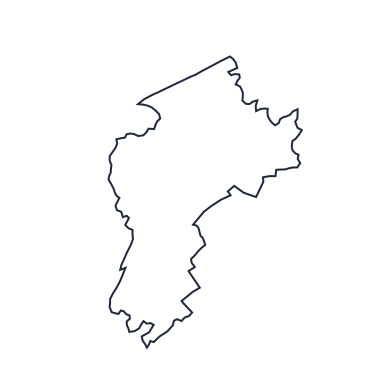 Ipumirim, Santa Catarina, Brazil, rotated 56°
{"feature_id": "56859067B73959193279849", "entity_name": "Ipumirim", "entity_type": "district", "adm_level": 2, "iso_a3": "BRA", "parent_name": "Brazil", "parent_adm1": "Santa Catarina", "projection": "mercator", "projection_center": [-52.147, -27.04], "detail": "fine", "context": "isolated", "style": "outline", "palette": "slate", "viewbox_px": 384, "rotation_deg": 56, "n_neighbors": 0, "source": "geoboundaries", "source_scale": "gbopen_adm2", "svg_char_len": 2514}
<svg xmlns="http://www.w3.org/2000/svg" viewBox="0 0 384 384"><g transform="rotate(56 192 192)"><path d="M246.8,325.8L249.3,323.7L252.0,321.1L250.4,317.3L252.8,315.3L256.8,314.8L259.4,312.8L262.3,314.4L262.9,318.6L266.2,320.6L269.3,320.9L272.9,322.2L275.2,317.7L275.5,312.2L273.3,308.0L271.9,304.4L275.7,303.2L277.5,299.7L280.7,298.1L282.5,302.1L284.4,306.1L283.9,310.6L283.6,314.4L287.8,316.1L291.9,315.9L295.7,316.4L294.1,312.4L292.2,310.0L295.0,307.7L293.6,299.5L293.8,290.3L291.8,282.5L288.6,278.8L289.2,275.4L293.1,272.9L292.0,268.3L293.1,263.8L292.0,259.3L280.5,261.2L276.5,261.6L275.2,247.1L275.7,239.1L255.7,239.1L255.8,231.6L250.5,231.9L247.1,230.3L246.1,225.1L244.6,220.3L243.7,215.6L243.2,210.5L236.4,208.8L233.1,209.4L229.4,208.2L225.8,206.8L222.3,207.0L219.7,209.4L215.0,193.1L214.4,183.7L214.6,172.2L216.3,161.9L211.5,161.9L210.5,153.6L221.4,149.6L232.0,141.7L223.4,127.1L219.5,124.9L222.2,118.8L225.5,113.9L220.7,109.7L225.5,101.8L226.6,98.1L228.2,94.5L230.5,90.9L228.6,86.2L223.6,85.8L220.7,82.9L217.6,84.8L213.2,85.3L210.0,83.8L205.9,80.2L205.8,76.1L204.2,71.0L202.1,66.3L197.8,68.6L194.4,67.9L191.4,67.1L190.1,63.7L186.6,61.0L182.4,58.2L181.6,63.2L182.8,67.7L182.2,71.1L181.1,74.2L180.9,78.2L183.3,81.5L183.2,85.8L179.5,86.9L176.4,87.2L171.6,86.7L168.0,84.9L165.4,82.7L163.3,85.3L161.5,88.8L160.8,93.6L156.4,91.2L152.6,86.6L151.1,91.1L151.2,95.1L149.1,98.0L144.4,99.1L141.3,96.5L138.4,94.5L134.9,93.6L131.2,93.2L127.3,95.6L125.2,92.2L124.1,88.6L121.0,87.1L118.2,90.5L117.0,94.3L112.8,94.8L113.6,90.0L114.5,85.1L109.1,83.4L104.9,83.5L100.9,84.8L99.4,95.8L98.0,109.7L97.2,116.9L96.8,123.5L95.8,127.9L95.1,132.4L94.5,136.9L93.4,143.8L92.8,147.8L91.4,157.2L90.4,164.2L89.5,169.3L88.9,173.9L88.3,180.0L89.0,187.6L92.8,183.0L96.0,180.2L99.4,178.0L104.0,176.7L108.9,175.7L113.3,177.3L114.0,181.3L115.7,184.4L118.6,188.2L115.2,192.7L117.0,196.4L117.8,200.7L115.5,205.3L111.6,207.6L109.1,210.3L107.6,213.9L109.4,217.2L107.8,220.6L106.0,225.3L109.9,226.8L112.4,230.3L114.2,234.8L116.2,240.2L120.2,242.8L124.6,243.7L127.5,246.3L130.6,248.7L132.3,251.6L134.9,254.2L139.8,254.5L145.1,255.1L149.9,256.4L153.3,256.6L156.2,255.4L158.8,260.2L160.9,263.3L165.2,264.3L168.7,261.8L174.2,263.3L175.1,259.6L178.2,258.7L180.0,262.0L182.0,265.8L186.6,264.9L190.1,262.5L194.0,265.1L197.9,267.2L201.5,272.0L205.9,280.0L211.0,288.0L212.9,291.2L216.4,295.0L217.7,289.6L223.2,297.7L225.8,301.7L228.8,307.3L232.1,314.7L235.0,319.8L238.2,322.0L241.4,324.7L246.8,325.8Z" fill="none" stroke="#1e293b" stroke-width="2"/></g></svg>